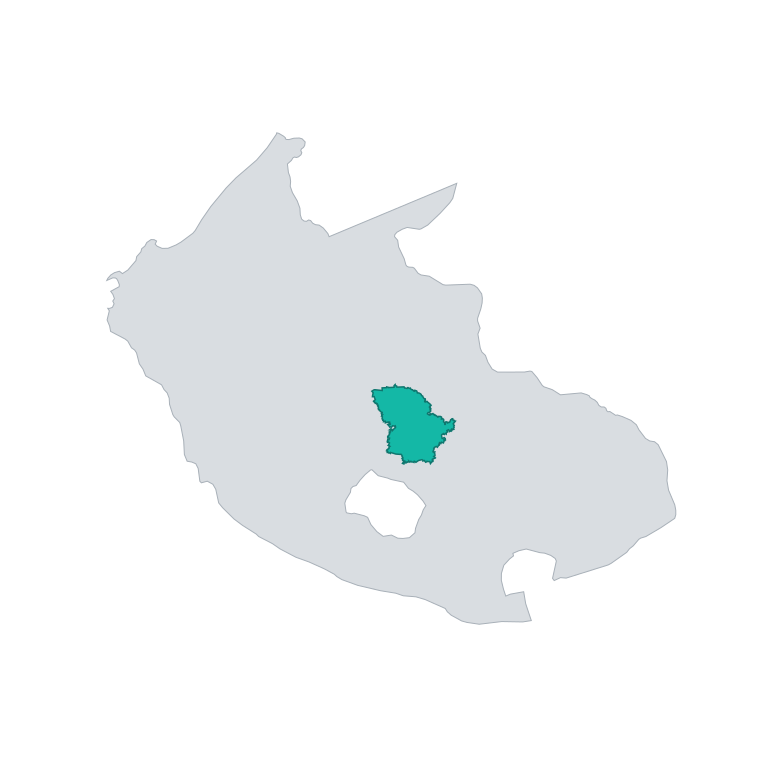 Lejweleputswa, Free State, South Africa shown in context, rotated 70°
{"feature_id": "47623444B29116896592790", "entity_name": "Lejweleputswa", "entity_type": "district", "adm_level": 2, "iso_a3": "ZAF", "parent_name": "South Africa", "parent_adm1": "Free State", "projection": "orthographic", "projection_center": [25.98, -28.097], "detail": "fine", "context": "in_parent", "style": "filled", "palette": "teal", "viewbox_px": 768, "rotation_deg": 70, "n_neighbors": 0, "source": "geoboundaries", "source_scale": "gbopen_adm2", "svg_char_len": 9737}
<svg xmlns="http://www.w3.org/2000/svg" viewBox="0 0 768 768"><g transform="rotate(70 384 384)"><path d="M534.9,147.1L553.5,145.1L561.8,146.8L571.7,151.2L581.1,152.9L597.0,152.1L602.4,153.0L606.6,154.5L609.7,156.8L613.7,172.9L616.9,190.1L616.6,195.6L617.1,197.7L621.3,205.1L622.8,209.7L625.2,213.5L630.2,231.9L630.7,235.1L628.7,279.2L626.3,284.4L626.9,291.3L624.3,292.1L609.3,282.6L606.5,282.8L602.1,285.9L597.9,290.9L595.8,295.2L587.7,306.8L586.8,314.3L587.2,320.8L589.8,321.1L591.4,325.9L595.3,333.4L602.2,338.5L608.6,340.9L617.7,341.9L624.9,342.1L624.7,337.1L627.0,323.8L638.9,326.0L656.7,326.5L655.0,335.1L647.5,354.6L642.3,376.7L636.4,387.6L633.2,392.1L624.3,399.9L619.7,402.4L615.9,403.2L600.6,419.1L594.9,426.8L589.6,438.3L584.6,444.5L577.1,457.9L564.2,477.6L553.4,490.5L548.8,494.2L545.7,495.8L537.3,503.3L525.6,515.3L516.7,526.0L503.4,538.1L495.9,543.4L484.5,553.9L481.3,555.4L468.6,565.2L459.6,571.1L445.0,578.0L439.2,580.0L425.4,578.1L419.7,579.1L414.9,583.3L414.4,589.4L412.4,590.3L399.8,587.5L394.6,588.1L391.6,591.3L389.2,595.4L382.0,595.7L369.0,591.7L353.9,589.3L350.3,589.1L343.1,592.4L340.5,592.9L329.8,592.5L323.9,590.7L318.2,590.8L313.9,592.6L308.7,593.3L294.9,605.1L287.6,605.4L281.4,607.0L270.1,605.9L266.8,606.7L263.6,608.9L256.1,610.1L253.2,611.9L241.1,622.9L235.7,622.0L229.1,622.3L221.3,617.1L218.4,617.7L219.1,616.0L219.1,613.0L216.3,610.2L213.3,610.5L211.6,608.1L207.1,608.1L203.4,609.1L202.0,599.6L200.2,598.7L195.6,598.8L193.5,599.3L192.5,600.2L191.5,602.5L191.9,609.1L190.2,607.3L188.1,603.4L187.2,599.2L187.5,594.1L190.8,592.0L189.3,585.7L183.2,574.9L179.7,572.8L176.7,567.3L174.0,565.4L172.6,561.5L169.9,558.5L168.6,553.5L169.8,550.6L171.9,548.8L174.3,551.2L177.0,550.0L180.7,546.1L182.6,540.5L182.2,531.7L181.2,526.2L177.0,512.1L175.2,508.9L167.3,499.2L158.0,486.1L145.8,465.3L139.7,452.7L130.0,427.1L122.0,412.9L112.5,399.7L111.3,398.9L112.5,397.1L116.8,393.6L118.8,392.5L119.9,392.8L120.9,391.9L121.8,389.7L122.2,384.7L123.9,379.4L125.6,377.1L129.6,375.3L132.8,377.0L134.2,378.8L134.9,381.3L136.3,382.4L138.5,382.1L140.2,383.6L141.3,386.7L141.2,388.9L140.1,390.5L140.4,392.3L142.2,394.5L144.2,399.5L152.6,401.5L157.3,401.5L161.8,402.5L166.1,404.5L172.9,404.6L182.3,402.9L190.1,402.9L196.4,404.8L200.9,405.0L203.5,403.4L204.6,401.3L204.1,398.7L205.4,397.0L208.4,396.1L210.8,394.0L212.5,390.6L216.7,387.7L223.4,385.3L226.8,385.2L220.3,247.0L233.1,255.9L236.2,260.2L242.8,272.9L249.6,288.5L250.9,296.2L250.7,297.9L244.8,308.7L244.8,313.8L245.8,319.9L247.4,322.8L249.2,323.7L253.6,322.0L260.3,323.4L273.2,322.2L279.6,322.7L281.2,322.2L282.6,320.8L284.2,317.1L285.6,315.9L291.6,314.1L294.2,311.9L298.2,304.6L310.8,294.6L312.2,292.2L319.7,268.9L322.1,265.6L325.6,263.3L332.7,261.4L336.9,262.2L341.4,264.1L346.6,267.4L354.3,273.6L356.8,274.5L364.4,274.6L369.2,278.7L383.3,281.3L387.4,281.1L391.8,278.9L399.1,278.9L406.9,277.3L411.7,273.2L420.8,247.9L421.8,242.4L422.8,240.8L430.3,238.0L439.4,235.8L441.3,234.7L447.0,227.7L454.5,221.9L459.8,201.8L463.3,197.1L465.4,195.1L466.7,195.1L468.7,193.8L471.2,191.4L474.2,189.9L477.6,189.4L479.9,187.7L480.9,185.0L482.7,183.8L485.2,183.9L486.7,183.0L487.1,181.2L492.7,177.0L492.9,175.3L496.2,171.1L502.6,164.4L508.6,160.8L514.2,160.1L524.6,156.9L528.4,153.8L530.8,149.5L534.9,147.1ZM511.6,444.4L520.3,441.2L526.9,436.9L528.5,428.7L533.6,423.8L535.6,419.1L537.1,412.7L534.4,405.8L530.4,403.7L523.2,397.7L520.0,393.7L515.7,390.2L512.6,386.2L507.5,387.3L499.5,390.4L494.6,393.3L490.4,396.7L483.0,399.1L476.0,410.2L473.7,412.7L468.2,420.8L460.4,424.7L460.2,426.1L462.7,432.8L466.2,439.4L469.9,444.9L469.7,448.2L470.9,450.8L474.3,452.6L479.8,459.4L482.6,461.6L491.2,463.4L492.4,463.0L494.8,459.0L495.2,456.2L501.1,447.6L503.7,445.0L511.6,444.4Z" fill="#d9dde1" stroke="#a8b0b8" stroke-width="1"/><path d="M420.1,347.0L419.6,347.2L419.3,347.6L418.5,347.6L417.0,348.6L416.7,348.6L416.1,349.2L415.1,349.4L415.0,349.6L415.1,350.1L415.0,350.5L415.1,351.1L414.6,351.8L414.4,351.8L413.8,351.5L413.5,350.8L413.0,350.9L412.8,350.5L412.1,350.3L411.9,350.5L411.5,351.2L411.0,351.5L409.5,351.8L408.5,351.8L408.1,352.4L407.1,352.7L406.6,352.6L405.6,353.1L405.1,353.6L404.6,354.0L404.1,354.8L403.8,355.6L403.6,355.5L403.0,355.7L402.5,355.6L401.6,355.7L401.1,356.7L400.4,357.1L400.5,357.5L401.1,357.9L400.9,358.3L399.1,359.2L398.7,360.0L397.8,360.6L396.9,360.6L396.9,361.5L396.4,361.9L396.2,362.3L395.7,362.5L395.5,362.8L395.5,363.0L395.9,363.4L396.1,363.9L395.1,365.2L395.0,365.9L394.5,366.1L393.8,366.0L393.5,366.2L391.4,372.9L390.2,372.8L389.5,373.8L388.3,373.7L389.0,375.1L390.5,375.7L388.9,381.0L388.7,380.9L387.6,382.5L388.3,382.9L387.0,387.1L389.5,387.9L386.2,394.7L386.1,395.7L386.6,397.9L388.5,397.2L391.5,399.0L392.0,399.2L392.5,397.5L393.0,397.6L395.7,397.5L396.6,399.8L397.1,399.7L397.7,398.9L398.3,399.1L398.6,398.9L398.8,398.6L399.2,398.7L399.4,398.2L399.6,398.1L399.5,397.6L400.2,397.1L400.8,397.6L401.5,397.4L401.7,397.0L402.1,397.3L402.5,397.0L402.7,397.3L403.0,397.0L403.3,397.2L403.9,397.1L404.4,397.3L404.6,397.6L405.0,397.5L405.2,397.8L406.2,397.9L406.5,397.7L406.6,397.1L407.4,397.1L407.6,397.2L408.5,396.6L408.8,396.6L409.6,396.1L409.8,395.6L410.2,395.4L410.6,395.7L410.6,396.1L410.8,396.2L411.0,396.6L411.3,396.4L411.5,396.5L411.7,396.3L412.2,396.6L412.4,396.1L412.6,396.5L413.0,396.6L413.3,397.1L413.5,396.7L413.8,396.7L413.9,396.9L414.2,396.7L414.6,396.9L415.0,397.2L415.7,397.4L416.0,397.4L416.1,397.6L416.3,397.4L416.6,397.5L417.1,397.3L417.5,397.5L417.6,397.2L418.0,397.4L418.2,397.0L418.7,397.0L419.0,396.7L419.3,397.0L419.5,395.5L421.0,396.0L421.0,394.0L421.3,392.7L421.5,392.8L421.8,391.9L422.7,392.5L422.9,392.0L423.5,392.4L423.9,391.9L424.0,392.0L423.2,393.8L423.3,394.4L425.1,393.6L426.4,393.4L426.4,392.7L426.6,392.7L426.8,392.1L426.9,391.8L427.1,391.8L426.9,391.2L426.2,390.2L427.2,388.4L427.1,387.8L428.3,387.8L428.3,388.4L429.0,388.4L429.6,390.1L430.7,392.0L429.1,392.2L429.0,392.6L428.4,392.8L428.8,394.0L428.9,393.6L429.1,393.6L429.4,393.7L429.9,393.6L430.0,394.0L430.4,393.8L430.7,393.9L430.7,394.1L430.4,394.3L430.8,394.5L430.9,395.3L431.1,395.2L431.2,395.5L431.5,395.5L431.5,395.1L431.6,395.5L431.9,395.4L432.0,395.2L432.1,395.4L432.4,395.6L432.4,395.8L432.6,395.8L432.6,396.0L432.9,396.2L433.2,396.2L433.3,396.5L433.5,396.5L434.2,397.3L434.2,397.5L434.6,397.8L434.4,398.3L435.0,398.7L435.4,398.6L435.8,398.8L436.8,397.3L437.7,398.0L437.7,398.8L437.8,398.8L437.4,399.5L438.2,399.8L438.4,400.1L438.8,400.2L438.8,400.4L439.1,400.6L440.0,400.7L440.1,399.6L441.3,399.0L442.2,400.1L442.7,400.2L443.1,401.1L443.8,400.4L443.8,400.1L444.5,399.8L444.4,400.5L444.9,400.4L445.7,401.3L446.1,401.3L446.7,403.3L446.8,403.2L446.9,403.6L447.5,403.9L447.7,404.4L448.6,403.5L449.4,403.8L449.1,404.3L449.4,404.4L449.5,404.1L449.7,403.8L450.1,403.4L450.5,403.1L450.5,402.5L451.4,401.7L450.6,401.2L453.9,396.8L455.9,392.4L455.8,392.1L457.0,391.6L457.9,391.5L458.0,391.8L459.8,391.5L459.8,391.9L459.9,392.1L460.2,392.2L460.3,392.5L460.8,392.1L461.4,392.4L462.1,392.0L462.3,392.4L463.7,390.8L463.8,391.0L464.0,391.1L463.8,392.1L464.1,392.8L464.4,393.0L464.9,393.8L465.9,392.7L465.7,392.6L465.4,393.0L465.1,392.9L464.7,392.6L464.6,392.3L464.4,392.1L465.4,391.2L465.7,390.1L465.2,389.8L465.5,389.0L465.1,388.7L465.9,387.1L465.2,387.0L465.9,386.7L466.1,386.1L465.7,386.0L465.9,385.1L466.5,385.1L467.4,383.1L467.9,382.7L467.0,382.0L467.6,381.6L467.6,381.3L468.5,380.8L467.7,377.7L468.1,374.2L469.1,373.4L469.6,373.7L469.8,372.1L470.4,372.1L471.8,371.6L471.7,370.7L471.3,370.0L471.8,369.6L472.5,367.5L474.7,367.6L473.4,365.5L473.5,365.1L473.1,365.0L473.2,364.5L472.5,364.6L472.4,364.1L471.5,364.3L471.6,363.8L471.1,363.6L471.2,361.5L471.0,361.0L469.1,362.1L468.8,361.2L468.8,360.6L467.0,360.1L466.2,360.3L465.5,359.7L465.5,359.9L465.3,360.0L465.0,360.6L465.0,360.0L464.8,360.1L464.8,361.0L464.3,361.0L464.4,360.3L463.7,360.6L462.2,359.2L461.6,359.3L461.0,358.1L460.8,358.2L460.5,356.3L461.7,355.5L460.6,354.0L459.7,353.2L460.2,352.8L459.8,352.4L459.2,352.7L458.1,351.9L459.3,350.8L458.3,350.0L459.7,348.3L458.0,347.0L458.0,346.5L457.3,346.8L457.0,346.8L457.5,345.4L456.6,345.2L456.6,345.4L455.5,345.4L454.9,345.8L455.3,347.4L455.0,348.0L453.9,347.8L453.1,347.8L451.7,347.4L451.3,347.0L451.0,345.1L451.4,345.2L451.4,344.9L451.5,344.9L451.5,345.1L452.2,345.0L452.3,345.1L451.6,342.9L452.2,342.6L451.1,342.1L450.7,340.6L449.2,340.8L449.1,338.9L450.5,338.7L451.1,338.8L451.0,338.2L450.9,338.2L450.7,337.7L450.9,337.5L450.7,337.2L451.3,337.0L451.1,336.4L450.5,336.6L450.4,336.0L449.7,336.3L449.5,335.8L450.0,335.7L450.2,334.4L450.5,334.2L450.5,333.8L449.3,333.9L448.7,332.9L447.4,332.9L447.1,332.2L445.1,332.6L444.4,331.7L444.6,331.7L443.3,329.6L442.6,330.6L442.0,330.6L441.6,331.5L441.2,331.6L440.6,331.3L440.1,331.3L439.9,332.1L440.3,332.8L440.4,333.6L441.3,334.3L441.8,334.9L442.2,335.1L442.4,335.8L442.1,336.4L442.3,337.7L441.9,337.8L441.8,337.7L442.0,337.3L441.7,337.3L441.1,338.0L441.0,338.4L440.7,338.6L440.7,338.8L441.1,339.4L442.0,340.0L442.5,340.0L442.9,340.2L442.9,340.5L442.7,340.7L440.9,340.2L439.9,341.0L438.2,340.1L437.9,340.3L437.3,340.2L436.7,340.9L436.6,342.0L436.4,341.9L436.1,341.4L435.7,341.3L435.4,341.5L434.6,341.3L434.2,341.8L433.9,341.9L433.6,342.8L433.1,343.5L433.2,343.8L433.5,344.3L433.4,344.9L432.5,345.1L432.0,345.7L431.5,345.8L430.9,346.9L430.6,346.8L430.5,346.6L430.3,346.7L429.9,347.0L429.9,347.5L429.6,348.0L428.6,348.0L428.3,349.0L428.7,350.0L427.6,350.8L428.0,351.3L428.9,351.3L428.9,351.7L428.1,352.6L427.4,353.0L427.0,353.4L426.6,353.3L425.9,352.3L426.1,351.6L426.0,350.5L425.8,350.0L425.1,349.6L425.2,349.3L424.7,349.2L424.0,349.5L423.8,348.8L423.3,348.4L422.8,348.6L422.3,348.6L422.4,349.1L422.2,349.2L421.5,349.3L421.0,349.1L420.6,348.6L420.6,348.4L420.7,348.0L420.1,347.0Z" fill="#14b8a6" stroke="#0f766e" stroke-width="1.5"/></g></svg>